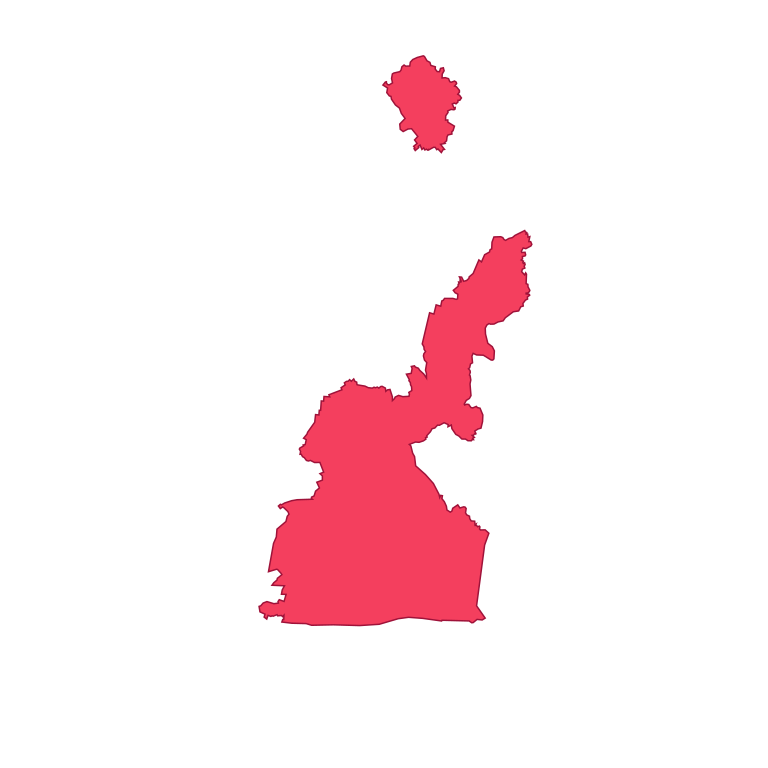 the district of Chiconamel, Veracruz, Mexico, rotated 235°
{"feature_id": "50627088B16194537288305", "entity_name": "Chiconamel", "entity_type": "district", "adm_level": 2, "iso_a3": "MEX", "parent_name": "Mexico", "parent_adm1": "Veracruz", "projection": "mercator", "projection_center": [-98.445, 21.244], "detail": "fine", "context": "isolated", "style": "filled", "palette": "rose", "viewbox_px": 768, "rotation_deg": 235, "n_neighbors": 0, "source": "geoboundaries", "source_scale": "gbopen_adm2", "svg_char_len": 6172}
<svg xmlns="http://www.w3.org/2000/svg" viewBox="0 0 768 768"><g transform="rotate(235 384 384)"><path d="M429.0,587.3L430.6,576.6L430.3,573.1L431.6,569.8L431.9,566.0L433.5,565.2L435.8,565.3L437.7,564.1L441.4,558.4L438.2,553.8L432.9,549.7L433.2,548.0L431.6,546.1L432.2,540.6L428.1,533.9L431.2,532.9L423.4,520.4L422.9,515.2L421.8,514.1L421.4,511.0L422.4,508.2L427.0,508.9L428.5,507.2L424.5,506.3L425.1,505.7L423.7,505.4L423.0,506.0L424.8,503.6L423.1,503.0L423.1,501.9L421.5,500.7L421.0,494.5L417.9,494.6L415.2,496.0L411.6,493.1L411.9,491.7L414.5,489.6L419.4,482.7L418.6,480.6L418.9,479.0L415.2,475.1L418.9,472.1L412.7,465.0L416.2,462.2L394.9,438.3L391.6,438.0L389.3,436.7L386.8,436.7L385.9,434.0L384.4,432.4L380.4,430.9L377.0,431.3L371.5,425.9L368.3,424.8L364.5,422.2L369.4,422.3L374.8,421.1L377.2,421.2L379.9,419.4L381.4,419.4L382.7,416.4L380.6,415.9L377.1,412.4L379.2,408.0L373.0,407.2L372.4,406.3L370.0,406.4L368.2,405.3L366.0,405.0L362.7,403.0L362.9,399.5L361.1,399.0L359.6,397.4L362.8,392.2L366.3,389.4L366.9,385.6L366.0,384.2L365.6,381.4L368.6,383.5L376.1,385.8L377.2,383.5L377.0,381.3L379.9,382.8L383.2,381.1L383.8,379.9L383.6,377.4L385.3,376.8L385.9,374.7L387.1,374.0L387.3,372.1L390.0,369.0L393.2,367.2L398.3,362.0L399.0,361.5L401.2,362.7L402.9,361.7L405.5,362.1L405.0,358.8L407.3,358.3L406.8,356.4L407.7,354.7L407.7,352.2L405.5,351.7L405.6,346.7L403.4,346.2L406.8,332.7L404.6,332.2L408.2,327.7L404.6,324.7L406.1,322.9L398.8,317.0L399.6,315.9L396.0,312.9L398.2,310.4L392.4,305.3L388.3,293.8L387.1,292.1L385.7,287.0L383.0,288.4L379.6,284.7L380.4,282.8L379.4,282.6L379.8,278.3L379.2,277.3L376.6,277.0L374.6,274.9L374.0,275.9L371.2,275.6L369.4,276.5L365.9,276.6L364.3,277.9L363.6,279.9L359.5,282.1L356.5,286.5L346.4,284.0L347.3,280.1L344.1,280.8L340.6,278.4L342.1,272.6L335.9,271.5L335.5,266.5L332.4,262.5L332.9,259.8L332.0,258.9L330.7,259.2L339.0,246.5L341.4,241.4L343.5,234.4L343.8,230.8L344.9,230.1L344.6,227.5L341.4,227.6L341.4,230.4L340.2,231.0L334.6,232.1L331.9,231.5L331.1,228.8L327.6,224.8L326.5,213.1L320.4,208.0L316.8,202.1L296.5,181.7L293.9,189.7L293.1,190.4L287.7,191.1L286.4,191.0L286.0,185.2L284.8,183.9L284.4,179.6L283.4,176.8L275.8,186.7L273.7,182.5L270.6,179.4L267.8,183.1L263.2,177.4L267.4,174.5L266.6,172.4L265.1,171.8L267.2,167.8L272.9,163.3L273.9,159.4L273.0,155.8L273.5,154.1L268.5,151.7L263.7,154.5L261.8,152.1L258.7,153.1L261.0,156.3L258.5,158.0L258.3,159.4L257.4,160.0L256.4,164.1L255.1,163.9L253.2,167.2L251.6,167.5L252.0,169.4L248.6,166.8L249.2,166.0L247.6,163.8L240.9,171.3L232.4,182.8L227.9,186.3L215.8,204.4L200.1,225.5L189.9,242.3L183.6,261.0L178.8,270.3L169.9,281.2L156.8,295.3L157.2,296.0L141.1,317.8L138.1,318.9L137.4,320.2L137.8,325.2L134.4,329.1L134.2,332.6L149.2,332.6L194.4,374.1L201.6,384.3L206.5,383.2L209.1,379.3L210.4,379.1L211.9,380.6L212.9,380.6L213.4,378.8L215.1,378.7L215.7,377.8L216.4,378.9L216.4,377.8L219.6,379.6L221.8,376.9L224.5,377.0L226.7,378.2L229.4,376.7L231.7,376.9L234.9,379.9L236.7,379.8L237.7,378.8L238.9,375.1L242.7,375.1L242.8,369.0L241.0,366.8L241.0,364.8L244.7,363.3L248.1,365.0L252.9,365.9L256.9,365.7L259.0,367.8L260.3,366.5L259.1,364.6L262.2,365.8L274.2,367.4L286.1,366.0L298.8,363.0L307.0,367.4L310.9,367.8L317.9,370.5L320.0,370.1L318.4,376.5L316.1,379.3L314.8,383.7L314.8,386.7L316.3,387.3L315.8,388.9L317.1,389.3L318.3,394.7L319.8,397.7L318.8,400.4L319.6,404.2L318.4,405.8L317.8,411.0L314.0,413.3L312.3,411.9L311.8,415.6L308.5,414.0L301.6,413.9L298.4,415.5L294.3,416.2L292.1,419.2L289.4,420.2L287.4,423.0L287.8,424.4L287.1,425.4L288.7,425.5L288.4,427.4L291.3,426.8L290.7,427.9L291.3,430.0L290.4,430.4L290.7,430.9L293.4,431.3L293.2,435.3L292.2,438.1L296.7,443.2L301.9,447.2L309.1,448.8L311.1,447.0L312.7,446.8L313.5,443.0L314.9,441.7L318.6,441.7L319.9,440.3L320.6,438.0L321.5,438.2L323.4,442.0L323.2,445.7L324.6,448.6L334.7,454.5L337.5,457.4L341.4,459.3L342.3,459.1L344.2,461.5L345.8,462.2L348.0,461.9L348.2,463.5L350.8,466.3L350.6,468.7L356.4,472.0L358.0,474.6L354.7,476.5L350.6,481.9L342.2,485.5L341.2,486.8L341.5,488.4L347.8,493.4L352.4,494.1L357.8,492.4L366.7,495.8L371.7,499.0L373.3,502.0L373.3,504.6L371.9,505.6L370.0,508.5L369.4,513.0L367.4,517.8L368.7,521.4L369.0,531.4L366.6,536.2L368.8,540.3L368.0,542.8L370.3,544.0L371.6,548.0L371.2,550.3L373.1,551.4L373.1,554.2L374.0,554.5L376.3,552.1L376.9,552.5L376.0,554.2L376.3,556.0L377.1,557.2L381.0,557.7L383.1,559.0L384.7,558.0L392.2,563.7L393.8,563.8L392.7,561.8L397.0,561.2L398.7,563.2L398.2,565.9L400.1,566.4L400.9,568.1L402.6,568.7L402.7,567.3L403.8,567.4L404.7,568.7L406.9,567.5L407.1,569.3L409.1,570.5L408.0,573.0L408.5,574.1L411.0,575.1L412.7,572.3L414.0,572.7L415.6,576.0L413.5,577.8L412.8,583.5L413.6,585.2L416.5,585.8L417.6,584.3L421.1,588.0L421.7,586.2L424.5,587.7L425.5,586.4L426.2,587.8L427.4,587.1L429.0,587.3ZM633.6,580.6L631.4,578.1L630.8,576.1L633.1,570.4L633.2,568.7L629.9,565.4L625.8,563.7L626.0,560.1L626.8,558.9L628.9,558.5L630.2,559.3L630.6,558.3L629.5,554.6L624.4,556.7L621.1,553.4L616.9,553.6L615.6,554.7L613.1,553.5L606.0,553.4L601.2,554.9L595.7,553.4L589.4,553.6L587.9,546.0L583.3,543.4L579.8,544.5L579.1,549.9L577.3,553.0L567.4,553.7L566.4,549.0L562.1,549.1L561.7,544.6L559.6,544.7L559.5,543.6L557.3,543.5L557.7,548.1L558.9,548.4L559.0,550.6L554.4,549.6L554.6,551.9L552.3,551.7L552.0,553.5L550.6,553.9L550.6,554.9L550.1,554.8L549.5,560.3L548.5,561.7L545.7,561.6L545.6,563.0L540.7,563.7L542.1,566.9L541.5,568.1L547.9,567.8L546.1,571.9L546.9,571.7L547.3,574.7L550.4,577.5L551.3,579.3L549.8,583.0L551.7,584.2L551.9,585.9L554.8,589.6L561.8,586.5L563.7,587.7L564.9,585.8L568.3,588.4L569.7,592.2L571.1,592.7L570.5,596.4L568.5,598.6L568.4,599.8L569.6,600.9L570.0,599.7L574.2,600.5L573.8,602.7L572.2,603.7L572.5,606.2L573.9,607.3L572.9,608.8L573.9,611.5L577.1,611.5L579.0,610.6L579.8,613.2L581.3,614.2L585.9,613.8L587.6,612.7L588.4,615.8L589.8,616.3L591.7,615.6L592.7,612.0L594.0,611.3L597.1,612.0L599.8,609.9L601.4,607.1L604.5,609.5L606.1,612.9L609.0,614.0L610.1,611.3L608.0,608.6L609.4,606.8L612.6,606.6L614.4,608.0L618.1,605.1L621.1,606.1L624.1,604.6L629.1,605.0L630.3,604.4L632.4,598.6L633.3,593.7L632.5,590.1L629.7,587.5L631.9,584.1L633.8,583.4L633.6,580.6Z" fill="#f43f5e" stroke="#9f1239" stroke-width="1.5"/></g></svg>